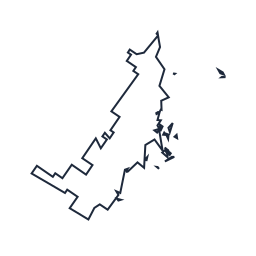 Karratha, Western Australia, Australia, rotated 124°
{"feature_id": "25037944B65347816419811", "entity_name": "Karratha", "entity_type": "district", "adm_level": 2, "iso_a3": "AUS", "parent_name": "Australia", "parent_adm1": "Western Australia", "projection": "orthographic", "projection_center": [116.53, -21.039], "detail": "medium", "context": "isolated", "style": "outline", "palette": "slate", "viewbox_px": 256, "rotation_deg": 124, "n_neighbors": 0, "source": "geoboundaries", "source_scale": "gbopen_adm2", "svg_char_len": 1849}
<svg xmlns="http://www.w3.org/2000/svg" viewBox="0 0 256 256"><g transform="rotate(124 128 128)"><path d="M219.6,182.5L217.1,143.9L213.1,143.9L213.2,131.3L227.1,131.5L226.0,109.7L213.0,111.2L207.1,108.7L207.1,99.2L188.8,98.5L187.0,102.3L186.2,98.1L164.3,107.2L162.1,105.6L164.1,105.6L164.9,104.4L164.2,103.8L151.2,100.9L152.0,92.4L132.4,104.1L122.7,99.6L127.4,86.7L112.1,101.2L115.5,101.3L115.2,104.8L111.2,101.6L109.4,105.0L103.3,105.1L104.9,108.0L97.3,110.6L98.1,111.9L98.5,111.8L99.0,111.9L99.9,112.7L100.2,112.2L100.5,112.0L101.2,112.7L100.5,112.1L99.9,112.8L98.2,112.2L97.1,110.8L94.2,111.1L94.1,110.4L86.8,115.7L79.8,111.4L75.5,125.5L58.9,130.6L53.4,144.6L43.0,146.7L34.6,154.8L56.6,156.9L62.0,162.1L62.0,170.4L65.5,170.3L65.5,166.5L73.1,166.5L73.1,155.5L77.7,155.5L77.7,149.6L123.5,151.1L123.5,141.2L139.7,141.3L139.7,137.4L146.8,137.4L144.9,144.5L149.3,144.5L149.3,139.1L160.0,139.2L154.6,148.9L178.6,149.0L178.6,136.7L190.1,136.7L189.9,154.1L206.3,154.3L206.2,163.0L210.5,163.0L210.3,182.4L219.6,182.5ZM125.5,84.9L129.2,85.9L130.1,79.0L127.7,80.8L125.5,84.9ZM105.2,94.6L108.0,91.0L98.9,93.7L105.2,94.6ZM112.5,99.4L107.4,100.2L107.3,103.4L112.5,99.4ZM110.8,90.7L111.5,93.6L114.5,88.7L110.8,90.7ZM127.4,75.5L135.1,78.7L126.1,73.5L127.4,75.5ZM191.5,93.8L192.8,97.5L193.5,95.4L191.5,93.8ZM109.2,84.5L109.0,81.6L106.5,83.9L109.2,84.5ZM30.1,78.4L28.9,80.6L29.2,85.7L31.0,82.1L30.1,78.4ZM113.9,95.1L112.6,92.8L111.6,95.4L113.9,95.1ZM124.0,83.0L123.6,86.5L125.8,82.3L124.0,83.0ZM126.0,79.2L123.6,82.9L126.6,79.2L126.0,79.2ZM33.8,157.0L34.2,155.1L32.2,157.0L33.8,157.0ZM31.3,75.6L33.1,78.7L33.7,78.9L31.3,75.6ZM142.8,96.0L145.1,94.3L141.3,95.8L142.8,96.0ZM144.5,79.5L143.8,81.6L144.2,82.4L144.5,79.5ZM56.7,119.4L57.5,121.1L57.4,119.6L56.7,119.4ZM125.1,78.4L124.8,80.5L126.3,78.4L125.1,78.4Z" fill="none" stroke="#1e293b" stroke-width="2"/></g></svg>